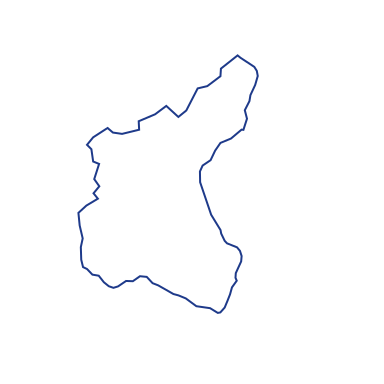 the district of Besharik, Ferghana, Uzbekistan, rotated 227°
{"feature_id": "79887680B21144428059049", "entity_name": "Besharik", "entity_type": "district", "adm_level": 2, "iso_a3": "UZB", "parent_name": "Uzbekistan", "parent_adm1": "Ferghana", "projection": "equal_earth", "projection_center": [70.564, 40.365], "detail": "fine", "context": "isolated", "style": "outline", "palette": "blue", "viewbox_px": 384, "rotation_deg": 227, "n_neighbors": 0, "source": "geoboundaries", "source_scale": "gbopen_adm2", "svg_char_len": 1173}
<svg xmlns="http://www.w3.org/2000/svg" viewBox="0 0 384 384"><g transform="rotate(227 192 192)"><path d="M296.4,173.9L297.4,168.3L299.4,157.0L298.1,147.4L291.9,147.6L281.7,140.5L275.9,143.2L268.1,129.3L259.4,128.1L258.2,119.1L251.3,118.6L254.1,105.5L254.2,94.7L244.1,87.0L232.6,80.4L227.5,73.1L218.0,64.8L211.4,61.1L207.3,62.7L199.5,62.8L194.4,66.7L186.1,66.0L179.8,66.9L175.5,69.2L173.4,73.5L171.9,83.1L167.1,87.9L165.9,96.5L160.8,101.0L152.2,101.0L146.8,103.6L130.1,108.8L125.6,111.6L118.4,114.9L105.5,117.3L94.7,126.0L86.0,128.4L84.6,130.6L85.2,137.1L88.2,143.7L91.2,150.0L95.0,156.2L96.6,164.2L99.6,165.3L102.8,168.7L107.7,180.6L111.3,184.6L116.2,186.9L120.8,187.2L130.6,182.6L134.0,182.6L141.7,185.0L144.7,186.9L162.3,190.5L193.6,204.6L201.6,211.8L204.1,217.8L202.6,227.3L206.5,237.2L208.5,246.3L204.5,257.0L203.8,270.8L202.4,272.0L208.1,282.2L215.8,286.4L219.3,296.0L223.0,300.8L227.2,311.2L232.0,319.2L236.4,322.0L241.0,322.9L257.1,319.0L260.8,318.5L262.5,297.3L257.3,291.8L259.0,275.4L263.9,266.8L255.5,243.4L256.2,233.2L272.5,231.9L274.0,218.0L280.1,201.3L273.6,195.8L282.2,180.5L289.4,174.7L296.4,173.9Z" fill="none" stroke="#1e3a8a" stroke-width="2"/></g></svg>